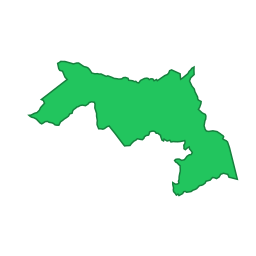 the district of Taquara, Rio Grande do Sul, Brazil, rotated 250°
{"feature_id": "56859067B74945803904377", "entity_name": "Taquara", "entity_type": "district", "adm_level": 2, "iso_a3": "BRA", "parent_name": "Brazil", "parent_adm1": "Rio Grande do Sul", "projection": "robinson", "projection_center": [-50.778, -29.634], "detail": "fine", "context": "isolated", "style": "filled", "palette": "green", "viewbox_px": 256, "rotation_deg": 250, "n_neighbors": 0, "source": "geoboundaries", "source_scale": "gbopen_adm2", "svg_char_len": 3361}
<svg xmlns="http://www.w3.org/2000/svg" viewBox="0 0 256 256"><g transform="rotate(250 128 128)"><path d="M47.7,156.9L49.1,158.6L48.8,160.1L47.6,161.1L46.7,165.5L47.4,168.0L47.3,169.7L47.5,171.7L49.4,175.4L49.0,177.6L49.1,179.3L49.9,181.7L51.3,183.1L50.9,187.3L52.6,190.5L51.7,192.2L50.2,193.9L50.8,196.8L52.8,199.2L52.8,202.3L50.3,205.9L47.1,206.1L46.3,207.5L42.4,213.2L48.1,213.8L61.3,215.2L69.0,216.0L74.7,216.6L79.0,216.7L80.9,216.7L82.6,215.8L83.8,214.5L85.5,213.3L87.0,214.9L88.4,214.6L89.6,213.6L91.1,212.7L94.2,210.4L96.3,206.8L96.8,204.4L97.2,202.6L98.4,200.6L100.6,200.0L102.4,200.2L104.0,200.2L108.6,202.8L109.7,204.0L112.6,205.3L114.3,205.3L116.8,202.9L121.5,200.5L122.9,202.3L125.9,204.8L127.9,205.8L130.2,203.7L131.6,203.5L133.3,204.0L139.3,203.3L141.9,203.6L145.5,202.4L151.1,201.9L153.7,204.0L155.6,208.4L159.7,209.7L162.7,210.9L162.2,208.2L161.2,207.0L160.3,204.8L158.6,202.9L156.2,196.1L155.8,194.1L161.1,195.5L167.7,188.8L167.6,186.7L165.7,185.0L164.8,183.3L164.7,180.6L163.5,175.9L162.8,173.5L162.4,171.7L163.8,171.4L163.5,168.6L165.6,168.1L166.4,166.4L166.2,164.5L167.5,164.0L168.4,162.8L168.9,160.5L168.4,156.0L166.7,153.5L167.7,152.0L169.2,151.3L169.5,149.7L170.7,148.7L171.5,147.2L172.6,145.0L174.7,145.0L176.4,142.9L176.9,140.8L176.3,138.9L177.1,136.1L178.4,133.9L179.3,132.0L181.1,130.2L183.9,126.9L184.0,125.1L186.1,123.0L188.0,121.1L188.5,119.4L189.6,117.7L190.2,115.5L192.0,112.8L196.2,111.8L198.1,111.0L199.2,110.0L200.8,107.6L202.8,106.1L205.9,103.9L206.6,102.0L206.9,98.6L208.4,96.6L212.0,91.6L213.6,87.5L213.0,85.8L212.8,84.0L207.4,83.2L205.5,83.6L203.8,85.9L197.3,86.2L194.4,87.5L184.4,56.3L182.9,57.9L179.8,58.0L177.1,52.9L175.0,50.8L173.6,47.8L173.8,45.0L173.3,41.3L173.8,39.3L172.3,40.1L171.1,41.2L169.7,43.2L167.6,45.0L162.8,47.1L161.4,48.3L161.7,50.2L162.3,52.3L161.7,54.7L160.3,55.8L159.5,57.2L158.6,58.7L157.4,59.7L155.9,60.5L155.0,62.1L154.3,64.0L156.8,66.6L157.7,69.7L158.3,71.3L158.8,73.7L159.5,76.1L161.2,78.0L161.0,80.5L163.3,82.1L164.0,83.5L164.6,85.7L165.2,87.1L165.1,88.7L165.5,90.7L165.1,93.0L163.5,95.7L164.2,98.7L165.2,100.3L165.1,102.7L163.7,105.2L161.8,105.2L158.2,103.7L152.5,103.5L149.8,102.5L145.4,101.7L143.9,100.9L141.8,100.1L139.9,100.1L137.3,100.2L136.5,102.3L135.5,104.0L135.5,105.6L136.4,108.8L136.3,111.0L134.2,111.6L127.8,113.8L121.0,115.9L115.8,117.5L113.8,118.1L112.3,118.7L111.9,120.5L111.4,122.0L110.9,123.9L112.2,125.9L112.9,127.4L113.6,129.0L114.0,131.5L114.7,133.1L113.9,134.4L112.9,136.0L112.1,137.6L112.9,139.4L114.1,140.4L114.7,142.4L114.3,144.9L115.4,146.0L116.9,146.9L116.8,149.4L116.3,151.1L114.9,152.4L113.5,152.6L112.6,154.6L111.2,155.1L110.1,156.1L108.8,155.8L107.2,155.8L105.0,155.8L103.7,157.0L105.2,158.1L102.4,160.3L102.2,163.1L100.2,163.6L99.8,165.8L98.9,167.9L98.1,169.9L97.4,172.4L97.0,175.2L96.8,177.0L95.2,176.8L93.8,176.0L92.8,174.6L90.9,174.1L89.4,173.5L88.0,174.5L89.0,177.1L89.3,179.0L87.2,178.7L85.1,179.5L82.9,180.0L81.4,178.3L81.9,176.4L81.2,173.7L79.7,171.5L78.9,170.0L79.2,167.4L81.2,165.6L81.9,163.8L82.2,162.2L81.6,160.7L79.8,161.1L78.4,162.3L76.0,163.3L74.7,164.1L73.1,163.5L71.0,162.9L69.3,162.2L67.3,160.9L65.1,159.6L63.8,159.0L62.2,158.4L60.8,157.2L59.0,157.1L58.4,155.4L59.0,153.3L61.4,151.4L59.3,150.7L56.1,150.3L54.4,149.4L52.6,149.1L50.7,149.9L48.4,150.5L48.8,152.3L47.1,152.8L47.7,156.9Z" fill="#22c55e" stroke="#15803d" stroke-width="1.5"/></g></svg>